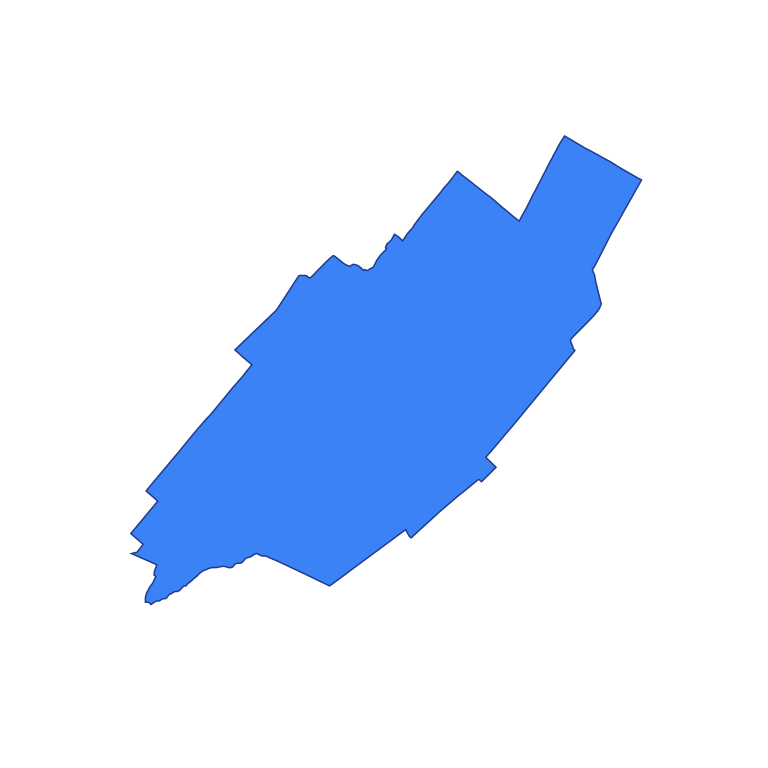 the district of Schela, Galati, Romania, rotated 37°
{"feature_id": "2599482B45960847446276", "entity_name": "Schela", "entity_type": "district", "adm_level": 2, "iso_a3": "ROU", "parent_name": "Romania", "parent_adm1": "Galati", "projection": "orthographic", "projection_center": [27.845, 45.517], "detail": "fine", "context": "isolated", "style": "filled", "palette": "blue", "viewbox_px": 768, "rotation_deg": 37, "n_neighbors": 0, "source": "geoboundaries", "source_scale": "gbopen_adm2", "svg_char_len": 4436}
<svg xmlns="http://www.w3.org/2000/svg" viewBox="0 0 768 768"><g transform="rotate(37 384 384)"><path d="M263.1,518.9L261.9,537.1L261.0,560.5L258.8,602.2L258.4,612.6L273.8,613.7L271.8,655.8L288.1,657.0L288.0,666.9L284.4,671.4L311.5,665.0L311.7,666.1L312.0,667.1L312.7,669.6L313.3,671.3L313.7,672.2L314.6,673.9L315.4,675.0L315.9,675.0L317.1,674.9L317.6,674.9L319.1,682.2L319.1,687.0L319.6,689.9L319.9,690.9L320.0,693.0L321.1,696.2L322.0,698.2L324.0,700.9L324.7,701.9L327.3,699.9L330.7,700.3L331.2,698.5L332.2,695.5L333.2,694.0L335.0,692.6L335.4,691.9L335.7,690.5L336.9,688.2L338.6,687.0L339.1,685.7L339.1,681.1L340.3,679.6L340.8,677.7L341.9,675.6L343.6,674.3L344.7,672.5L345.3,670.7L345.1,669.2L345.4,667.9L345.8,665.4L346.4,665.1L347.1,664.6L347.5,663.9L347.4,661.3L347.7,660.5L348.2,659.2L348.9,655.8L348.9,654.8L350.1,650.7L350.8,645.6L351.4,643.8L352.3,641.3L353.9,639.0L354.8,637.1L356.9,634.4L358.1,633.4L361.1,631.0L362.2,629.5L363.9,627.9L364.3,627.1L366.7,625.5L368.9,624.6L370.9,623.9L372.2,622.8L373.5,620.7L373.3,619.6L373.2,618.4L373.6,617.3L374.3,615.8L376.1,614.3L377.3,613.4L378.1,611.7L378.4,606.8L379.0,605.3L380.5,603.7L381.7,601.8L383.0,598.0L384.2,596.0L389.7,594.9L393.5,592.4L396.8,591.7L407.5,589.1L437.5,582.9L462.1,578.0L463.0,575.0L467.2,560.9L470.0,551.2L476.6,528.9L480.9,514.4L487.6,491.7L488.9,487.2L493.3,489.3L495.7,490.3L496.5,490.6L498.3,490.5L499.7,482.6L501.5,472.8L501.6,472.6L502.4,468.2L505.0,454.1L505.0,453.9L511.1,426.3L511.9,423.9L514.8,411.9L516.8,403.7L517.5,403.1L520.7,403.3L523.6,383.1L509.4,381.3L510.1,372.0L510.7,361.2L511.2,352.0L511.6,345.4L511.9,341.3L512.1,336.5L512.3,331.7L513.2,311.1L516.3,242.4L514.0,241.8L509.8,239.1L507.0,237.4L506.8,237.0L506.3,235.8L506.4,233.8L508.9,215.7L510.4,203.7L510.8,196.2L510.4,193.5L509.6,190.1L509.0,189.1L502.1,183.5L495.2,177.9L491.4,174.8L488.5,172.1L487.8,171.4L487.1,170.6L481.8,167.6L480.9,160.5L475.0,126.8L469.3,84.0L468.0,74.5L467.6,71.1L466.9,66.1L459.9,67.1L455.0,67.7L443.1,69.2L430.8,70.3L426.5,71.0L415.6,72.5L402.6,74.6L394.3,75.5L387.8,76.2L381.7,76.9L378.9,77.3L379.6,85.4L380.3,90.4L381.3,96.4L381.8,100.3L382.2,101.1L382.3,101.8L382.3,102.0L382.3,102.7L382.3,102.9L382.5,104.3L383.2,108.7L383.7,111.2L383.8,112.1L384.0,113.0L384.5,115.8L385.1,119.4L385.6,122.3L386.1,125.3L386.6,127.8L387.1,130.7L387.4,133.0L387.7,134.4L388.0,135.9L388.3,138.2L388.4,138.7L388.6,139.9L389.0,142.8L389.4,144.8L389.9,147.5L390.7,151.7L391.1,154.3L391.6,156.7L392.2,160.6L392.6,163.8L393.0,167.0L393.9,172.0L393.9,172.5L392.6,172.6L390.0,172.5L388.0,172.5L378.9,172.0L375.1,171.8L373.2,171.8L371.8,171.7L369.3,171.5L365.9,171.3L362.5,171.0L356.3,170.7L352.6,170.8L347.2,170.7L336.6,170.5L332.3,170.3L331.1,170.3L329.6,170.3L328.7,170.3L327.8,170.3L325.7,170.2L323.7,170.2L322.1,170.2L321.6,170.2L321.1,170.3L320.4,170.2L319.2,170.1L318.1,170.0L316.6,169.9L315.6,169.9L315.2,169.9L314.8,170.0L314.6,170.1L314.5,170.3L314.5,171.2L314.5,172.4L314.5,174.2L314.5,175.6L314.6,177.1L314.6,178.3L314.5,180.3L314.5,181.9L314.4,185.2L313.8,191.8L313.9,193.6L313.9,195.4L313.8,197.8L313.2,210.6L313.1,212.1L313.1,212.4L312.9,215.8L312.8,217.0L312.7,219.9L312.5,223.4L312.4,225.5L312.4,229.2L312.3,233.1L312.4,236.1L312.4,237.8L312.5,239.5L312.7,241.3L312.9,242.4L312.6,244.3L312.4,246.0L312.4,247.0L312.3,249.2L312.3,251.6L312.4,252.6L312.4,253.6L312.5,255.2L312.7,257.4L312.8,258.4L311.1,258.2L309.5,258.0L308.0,257.9L306.0,257.8L302.3,258.1L302.3,258.5L302.3,258.9L302.9,262.5L303.2,264.3L303.0,265.9L302.7,267.7L302.2,269.8L302.2,271.2L303.2,274.4L304.0,274.4L304.5,274.6L304.6,274.8L304.7,275.3L304.1,279.7L303.6,283.3L303.7,285.6L303.8,290.1L304.5,292.9L304.8,295.5L305.2,296.8L304.6,298.2L304.3,298.8L304.0,299.5L303.2,301.1L303.1,301.7L303.0,302.2L302.4,303.1L301.8,303.6L301.5,303.8L301.1,304.0L299.6,304.3L299.2,305.6L296.0,305.1L293.5,305.1L292.5,305.1L291.6,305.2L290.5,305.5L289.3,306.0L287.7,306.7L287.0,307.6L285.9,310.5L282.5,311.6L279.5,312.0L272.7,311.7L267.5,311.6L266.1,312.2L264.8,318.1L264.3,321.3L262.9,331.6L262.3,336.3L261.6,342.4L261.3,343.2L261.0,343.8L260.2,344.2L258.2,344.2L257.2,344.2L255.2,345.1L253.6,346.4L252.2,347.3L250.8,348.9L253.6,389.0L253.6,390.6L253.1,393.0L248.9,418.6L244.4,446.5L249.2,446.9L253.6,447.3L255.3,447.5L266.9,448.1L266.6,456.4L266.6,457.2L266.5,463.1L265.7,474.0L265.4,476.8L265.4,477.4L265.2,482.0L264.3,504.5L263.8,514.0L263.1,518.9Z" fill="#3b82f6" stroke="#1e3a8a" stroke-width="1.5"/></g></svg>